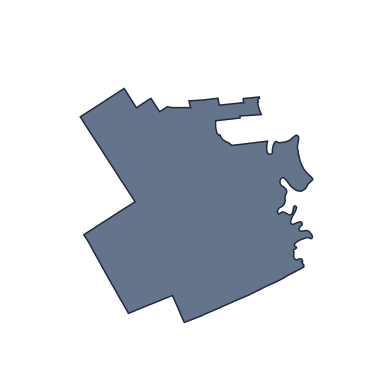 the district of Albesti, Ialomita, Romania, rotated 57°
{"feature_id": "2599482B37276216351918", "entity_name": "Albesti", "entity_type": "district", "adm_level": 2, "iso_a3": "ROU", "parent_name": "Romania", "parent_adm1": "Ialomita", "projection": "natural_earth1", "projection_center": [27.12, 44.529], "detail": "fine", "context": "isolated", "style": "filled", "palette": "slate", "viewbox_px": 384, "rotation_deg": 57, "n_neighbors": 0, "source": "geoboundaries", "source_scale": "gbopen_adm2", "svg_char_len": 5590}
<svg xmlns="http://www.w3.org/2000/svg" viewBox="0 0 384 384"><g transform="rotate(57 192 192)"><path d="M297.2,269.5L298.7,262.5L299.1,260.6L301.0,251.6L300.7,251.6L301.3,248.7L301.9,244.9L302.9,239.4L305.9,220.9L306.8,214.9L307.4,212.0L308.1,207.6L308.9,203.2L309.3,201.0L309.8,196.1L310.3,192.4L310.8,188.8L310.6,188.7L311.2,184.2L311.7,179.7L312.6,174.4L313.4,169.0L314.1,161.5L314.1,159.0L314.2,156.3L315.2,146.5L315.4,144.3L315.5,142.5L315.6,141.9L315.6,141.3L315.7,140.6L315.9,139.1L315.6,138.9L315.3,138.8L314.6,138.3L313.9,138.0L313.2,138.0L312.4,138.2L311.5,138.0L311.1,138.0L310.4,138.3L310.3,136.8L309.6,136.8L309.1,136.7L308.8,136.6L308.4,136.5L308.2,136.5L307.8,136.7L307.4,137.1L307.2,137.5L307.0,137.9L306.5,138.7L306.3,139.1L306.2,139.5L306.1,140.1L306.1,140.6L306.0,141.1L305.8,141.4L305.3,141.8L304.5,142.2L303.6,142.3L301.9,142.2L301.3,141.9L300.6,141.4L300.0,140.8L299.9,140.6L299.5,140.4L299.1,140.2L297.9,139.4L297.2,139.2L296.6,138.9L295.9,138.2L296.0,135.3L295.9,135.0L295.0,134.4L294.8,134.6L293.8,135.3L292.6,135.2L291.7,134.4L291.1,133.2L290.9,131.3L291.0,129.3L291.2,126.9L291.7,124.8L292.8,120.5L293.6,119.3L295.3,118.1L296.0,117.4L296.3,116.9L296.0,116.3L295.2,115.5L294.2,115.1L293.4,114.9L292.5,114.8L291.6,114.9L290.3,115.2L289.4,115.2L288.6,115.4L287.8,115.9L287.0,116.6L286.4,117.3L286.0,118.1L285.0,120.6L284.6,121.4L284.0,122.1L283.4,122.7L282.3,123.0L281.3,122.4L280.7,121.7L280.3,120.8L279.9,119.4L279.6,118.1L279.4,117.3L279.0,116.9L278.5,116.7L277.6,116.6L276.7,116.7L276.2,117.2L275.9,117.7L275.4,118.8L275.0,120.3L274.6,122.4L274.6,123.1L274.4,123.8L274.2,124.7L273.8,125.3L273.4,125.7L272.9,126.0L272.4,126.1L271.7,126.0L270.6,125.4L269.8,124.8L269.2,124.0L267.6,121.8L266.9,120.6L266.3,119.4L265.0,117.0L264.4,115.6L263.7,114.8L262.9,113.7L262.0,112.7L261.3,112.6L260.2,112.8L259.6,113.4L259.7,114.2L260.1,115.0L260.7,115.7L261.7,116.5L263.2,118.0L264.4,119.5L264.9,120.4L264.9,121.4L264.6,122.1L263.8,123.2L263.4,123.5L261.8,124.3L260.7,124.8L259.8,125.3L258.2,126.7L257.7,127.6L257.9,130.5L257.7,131.1L257.2,131.5L256.4,131.4L255.0,131.1L254.3,130.4L253.5,129.4L253.2,128.6L252.9,127.4L253.0,125.8L253.1,124.8L253.1,123.7L252.8,123.0L252.6,121.9L252.2,121.0L251.4,119.9L250.8,119.2L249.8,118.4L248.7,117.9L246.3,116.2L245.8,115.5L245.0,114.5L244.5,113.6L243.9,112.9L243.3,112.4L242.4,111.9L240.7,111.6L237.8,112.4L236.1,113.2L234.8,113.5L233.7,113.5L232.5,113.2L231.6,112.8L230.7,112.2L229.7,111.0L229.4,110.3L229.2,109.2L229.2,108.4L229.6,107.6L230.1,107.2L230.8,107.0L233.2,106.6L236.3,106.3L237.7,106.3L239.4,106.2L240.9,106.0L244.0,105.2L245.3,104.6L247.2,103.8L248.1,103.2L249.4,101.8L249.7,101.3L250.2,100.8L250.5,100.4L250.7,100.0L250.9,99.4L251.1,98.5L251.1,97.9L251.1,97.2L251.1,96.5L251.1,95.5L250.6,94.2L249.7,92.3L249.0,91.1L248.5,90.0L247.9,87.0L247.6,84.7L247.6,84.2L247.1,83.9L246.5,83.7L245.8,83.6L244.6,83.8L243.1,84.1L241.7,84.6L237.8,85.4L236.5,85.5L235.2,85.7L233.8,85.8L231.0,85.5L228.4,85.1L225.4,84.5L223.1,83.8L222.1,83.4L219.9,82.7L218.9,82.3L215.9,80.9L214.1,80.2L212.8,79.7L211.9,79.2L210.3,78.1L208.1,75.9L207.1,75.0L206.0,74.0L204.7,73.0L203.5,72.6L202.7,72.6L202.0,72.9L201.4,73.2L201.1,73.9L201.0,74.9L201.1,76.9L201.8,81.5L201.5,82.8L201.4,83.9L201.2,85.4L200.8,86.4L200.3,87.5L199.1,90.2L198.3,91.8L197.7,92.5L196.9,93.1L196.2,93.4L195.4,93.8L195.3,94.4L195.3,95.2L195.7,96.2L196.0,96.8L196.4,97.4L197.2,98.5L197.7,99.0L199.0,100.3L200.0,101.3L201.0,102.1L202.1,102.7L202.7,103.1L203.2,103.7L203.4,104.1L203.4,105.0L203.1,105.6L202.7,106.2L202.1,106.9L201.3,107.4L200.3,107.4L198.6,106.9L195.9,105.5L194.6,104.6L192.0,102.5L190.5,100.9L190.1,101.8L189.5,103.0L187.4,107.2L178.3,125.8L175.2,131.9L174.7,133.1L170.6,134.5L168.2,136.2L165.0,137.5L163.8,137.8L162.1,137.9L159.4,137.4L158.9,138.7L158.5,138.5L156.6,139.1L151.9,137.5L150.0,136.6L149.2,136.1L146.3,134.2L145.2,133.2L152.9,117.9L156.1,111.3L154.3,110.4L160.4,99.7L164.8,91.7L162.2,91.1L160.5,90.9L157.1,90.0L154.9,89.1L154.0,88.8L153.1,88.1L152.6,87.2L151.3,87.0L151.0,86.8L150.4,86.7L150.4,86.1L150.2,85.5L150.1,85.0L150.1,84.3L149.9,84.3L149.2,84.0L148.9,83.9L148.8,84.3L148.4,84.8L148.0,85.5L147.4,86.9L147.1,87.3L145.2,91.2L143.6,94.2L141.7,97.8L141.3,98.2L141.2,98.2L141.4,98.3L145.2,100.0L137.0,116.0L134.0,121.8L127.5,119.1L122.2,129.9L120.9,132.5L113.9,144.9L117.4,146.2L120.5,147.2L115.4,155.0L110.3,162.8L106.9,166.5L107.1,166.9L107.0,175.4L91.1,175.4L91.0,178.1L91.0,184.3L91.1,192.7L83.9,192.7L68.2,192.5L68.2,215.0L68.2,219.8L68.1,244.8L71.1,244.8L74.8,244.9L80.1,244.9L84.6,244.9L87.7,245.0L89.1,244.9L91.3,244.9L96.4,244.9L106.0,244.9L111.9,245.0L117.9,245.0L125.3,245.0L132.7,245.0L136.7,245.0L141.0,245.1L148.4,245.0L156.7,245.0L162.3,245.0L169.2,245.0L169.2,249.0L169.1,254.4L169.0,259.7L169.0,262.3L169.0,266.2L169.0,271.8L169.0,275.2L169.0,278.9L168.9,279.9L169.0,281.1L168.9,284.1L169.0,287.5L168.9,288.8L169.0,293.9L168.9,299.0L168.9,299.9L168.9,301.3L168.9,303.4L169.0,305.0L168.9,306.1L169.0,306.1L170.5,306.1L174.5,306.0L179.0,306.1L182.0,306.4L186.0,306.7L188.6,307.0L191.4,307.1L194.3,307.3L199.1,307.6L200.6,307.7L202.8,307.8L203.0,307.9L203.5,307.9L208.0,308.3L210.9,308.4L211.1,308.5L214.5,308.7L215.5,308.7L217.4,308.9L219.2,309.0L220.6,309.1L223.0,309.2L225.1,309.4L228.1,309.5L228.8,309.6L230.2,309.6L231.1,309.7L232.2,309.7L235.1,309.9L240.8,310.4L242.0,310.4L248.1,310.7L253.3,311.0L259.1,311.4L259.7,308.8L261.4,299.6L262.8,292.0L265.3,279.4L267.0,270.3L268.1,264.9L272.3,265.4L276.5,266.1L282.1,267.0L283.5,267.3L288.7,268.2L294.6,269.2L297.2,269.5Z" fill="#64748b" stroke="#1e293b" stroke-width="1.5"/></g></svg>